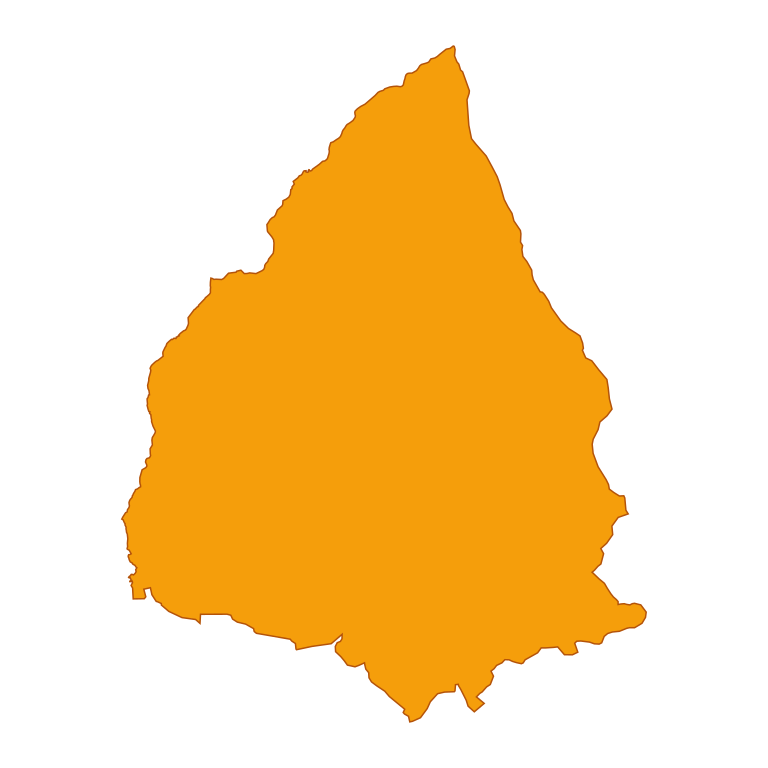 Barbuletu, Dâmbovita, Romania
{"feature_id": "2599482B33766415063950", "entity_name": "Barbuletu", "entity_type": "district", "adm_level": 2, "iso_a3": "ROU", "parent_name": "Romania", "parent_adm1": "Dâmbovita", "projection": "mercator", "projection_center": [25.286, 45.144], "detail": "fine", "context": "isolated", "style": "filled", "palette": "amber", "viewbox_px": 768, "rotation_deg": 0, "n_neighbors": 0, "source": "geoboundaries", "source_scale": "gbopen_adm2", "svg_char_len": 6090}
<svg xmlns="http://www.w3.org/2000/svg" viewBox="0 0 768 768"><path d="M642.0,623.3L645.5,617.4L646.2,612.1L640.8,604.9L634.5,603.3L632.2,603.7L629.9,604.9L626.7,604.4L624.2,603.7L620.8,604.0L618.1,604.5L618.1,601.6L616.4,599.6L613.3,596.9L610.8,593.7L607.3,588.3L604.4,583.3L599.2,579.0L592.1,572.2L594.5,570.2L597.9,566.3L600.9,564.0L603.6,553.7L600.8,548.5L606.6,543.3L612.7,534.6L611.9,526.1L618.2,517.4L628.2,513.9L625.9,510.2L624.8,498.0L623.8,495.8L619.4,496.0L613.8,492.5L609.3,489.1L608.5,484.5L606.2,479.8L598.1,466.8L593.1,453.3L592.2,444.3L593.2,439.2L598.1,429.6L599.9,422.0L607.0,415.8L612.0,409.1L609.4,398.9L608.2,387.7L606.9,379.5L598.8,369.9L591.8,360.8L585.7,357.9L582.4,350.2L583.4,348.3L582.6,343.0L580.0,335.9L575.7,333.0L568.5,328.5L560.8,321.0L551.4,307.8L548.7,301.2L544.2,294.2L542.4,292.3L540.1,291.8L533.3,279.8L532.1,274.9L531.7,270.1L526.9,261.6L522.9,256.4L521.9,249.5L522.6,245.6L520.5,242.1L520.9,233.9L520.4,230.5L513.9,220.9L512.0,213.4L508.0,206.9L504.2,199.5L500.0,184.7L497.2,176.7L492.3,167.3L486.2,156.0L475.8,144.1L471.5,138.7L468.8,125.3L467.0,99.8L469.1,93.4L469.4,90.8L462.6,71.8L460.6,70.1L458.8,64.1L456.9,61.8L454.5,55.9L455.1,49.5L454.3,46.6L453.8,46.1L453.1,46.1L450.1,48.4L446.2,49.2L439.9,54.2L437.3,56.5L434.8,58.0L430.9,58.9L428.7,62.1L426.6,63.0L421.4,64.5L419.8,65.8L418.3,68.3L416.5,70.6L412.1,73.1L408.8,73.2L407.3,73.6L406.0,74.9L405.3,76.8L405.0,78.5L404.2,80.8L403.3,84.9L401.9,86.3L400.3,86.7L396.9,86.2L393.6,86.4L389.8,87.0L384.8,88.8L383.4,90.3L379.8,91.4L378.0,92.4L375.0,95.6L365.0,104.2L360.6,106.5L357.4,108.8L355.2,111.0L354.8,112.2L355.0,114.2L355.4,115.5L355.2,117.2L353.0,120.5L349.6,123.0L347.1,124.5L346.1,125.7L344.9,127.8L343.2,129.9L342.4,131.4L341.8,133.5L340.4,136.6L338.6,138.3L336.3,139.7L333.3,141.8L330.8,142.7L330.4,143.7L329.3,147.3L329.0,149.7L329.2,150.3L329.3,151.3L329.1,153.2L327.6,158.1L326.8,159.4L324.7,161.0L323.0,161.2L322.4,161.5L319.3,164.3L312.5,169.2L311.7,170.5L310.4,171.0L309.7,170.7L309.3,169.8L308.9,169.7L308.3,170.5L308.5,171.9L307.2,172.3L305.8,171.7L306.0,170.7L304.5,170.8L303.6,171.2L302.0,174.3L300.9,175.3L299.3,175.8L297.8,177.9L293.2,181.4L294.3,184.1L292.0,186.9L292.0,188.7L290.8,189.6L290.3,194.4L288.8,197.2L286.1,199.2L283.0,200.7L282.7,204.4L282.1,205.8L277.4,210.0L275.4,215.1L274.0,216.9L272.3,217.6L270.2,219.5L268.1,222.9L266.9,224.6L267.4,231.0L267.8,231.9L271.8,236.8L273.6,239.8L273.7,241.4L274.0,242.9L273.7,250.2L273.2,253.3L268.7,259.0L267.8,261.5L265.7,263.7L264.8,265.3L264.6,267.3L263.8,269.3L262.2,270.6L256.0,273.6L249.7,272.9L247.0,273.5L244.3,273.6L240.9,270.2L236.7,271.2L236.1,272.2L228.5,273.2L223.6,278.5L221.7,279.5L215.9,279.2L213.8,279.4L212.6,278.6L210.9,278.1L210.4,282.2L210.3,285.8L210.6,287.3L210.4,289.5L210.4,292.8L209.4,294.3L206.0,297.3L205.5,297.5L204.9,298.7L198.5,305.3L198.4,306.5L197.5,306.8L196.8,307.3L195.1,309.2L194.3,309.5L188.1,317.7L188.5,323.3L188.0,325.3L186.2,329.2L185.4,330.1L183.5,330.9L180.3,333.4L178.6,335.3L179.1,335.8L176.3,337.2L176.5,337.6L175.9,338.5L174.0,338.2L172.4,339.5L171.5,339.3L168.9,341.5L166.9,343.5L165.8,346.5L165.2,347.2L163.0,351.8L162.8,353.1L163.1,356.3L157.9,360.4L156.5,361.0L154.8,362.3L152.1,364.8L151.1,366.1L150.1,368.3L150.8,370.2L150.5,372.3L148.8,378.3L148.7,380.9L147.6,385.4L148.0,388.5L149.0,390.7L149.5,394.8L148.6,395.0L148.0,397.6L147.2,398.5L147.1,399.6L147.5,404.1L147.1,405.3L148.1,409.3L148.9,411.6L149.9,411.8L149.6,413.4L150.8,414.6L151.2,418.2L151.6,419.7L151.6,421.7L153.0,426.1L155.4,431.0L155.3,432.2L154.8,433.4L153.3,436.0L152.7,436.9L152.3,437.6L151.9,440.1L152.4,445.0L150.1,448.8L150.3,453.9L150.6,455.4L150.3,456.4L149.3,457.8L147.0,458.5L146.0,459.7L145.5,462.0L146.7,464.8L146.9,466.0L145.9,467.6L142.1,469.8L139.9,477.5L139.8,481.7L140.1,484.0L140.5,485.0L140.6,486.8L139.1,487.6L137.5,488.9L135.6,489.6L135.4,489.9L135.0,491.1L133.4,493.7L133.0,494.9L132.3,495.9L132.2,496.9L132.0,497.5L130.4,499.3L129.7,500.4L129.0,502.4L129.1,503.9L129.4,505.6L129.3,506.6L128.8,507.8L127.6,509.5L127.4,510.0L127.2,511.7L126.9,512.1L125.6,512.7L122.8,517.1L121.8,519.1L123.1,519.8L124.5,523.0L125.1,523.6L125.0,524.9L126.1,527.2L126.0,528.9L126.3,530.3L126.5,532.2L127.3,534.1L127.8,538.7L127.4,543.3L127.6,546.7L127.1,548.5L127.3,549.2L129.2,550.2L131.2,553.8L129.8,554.6L128.7,554.7L128.3,555.5L128.2,556.8L128.8,558.0L129.2,559.7L130.2,561.8L132.3,563.1L132.6,563.9L133.2,564.4L134.9,565.3L136.5,567.7L136.8,567.8L135.7,569.7L136.1,571.6L135.2,573.3L133.5,574.9L131.9,574.3L131.1,574.5L130.6,575.5L129.2,576.5L128.6,577.4L129.1,577.8L129.7,577.3L130.0,577.5L130.8,579.1L131.1,580.5L129.8,581.2L129.8,581.6L131.7,581.6L132.0,581.0L132.4,581.7L132.5,582.7L131.1,585.5L132.6,588.0L133.2,598.9L144.3,598.7L145.8,596.8L143.8,589.2L150.4,587.7L151.9,594.7L156.2,601.4L157.6,601.8L161.3,603.5L161.4,605.1L168.8,611.4L182.0,617.6L195.6,619.5L200.0,623.4L200.5,614.3L227.0,614.2L230.8,615.2L232.6,619.1L237.3,622.1L245.6,624.1L253.6,628.6L254.2,631.5L256.4,633.3L290.2,639.2L291.8,641.1L295.4,643.5L296.0,649.0L296.5,649.7L312.0,646.4L331.2,643.7L342.1,634.3L342.0,638.8L340.4,641.4L337.2,642.7L335.3,646.5L335.6,651.7L340.8,656.6L344.3,660.8L347.4,665.1L355.0,666.8L358.8,665.4L364.5,662.8L364.8,664.8L365.8,669.1L368.7,672.7L369.0,677.8L371.5,681.9L376.7,685.8L384.8,691.2L389.3,696.5L404.7,709.2L403.2,712.5L404.5,714.0L408.5,716.3L409.8,721.9L412.5,721.3L420.5,717.7L427.2,708.6L430.3,701.8L437.6,693.7L444.5,692.1L454.3,691.7L455.0,690.9L455.5,684.7L458.2,684.3L458.5,685.6L460.7,689.3L466.2,700.2L468.1,706.2L474.3,711.8L484.2,703.4L476.4,696.9L479.8,693.4L482.2,691.9L486.6,686.9L490.3,684.5L493.5,676.2L491.0,671.1L494.1,668.7L496.6,665.4L502.0,662.8L504.8,659.7L509.1,659.8L512.5,661.4L516.4,662.6L521.4,663.7L523.2,662.9L525.1,659.8L537.6,652.8L541.2,647.9L545.6,647.9L553.4,647.4L557.7,646.9L564.4,654.7L572.4,654.8L577.8,652.2L574.7,643.2L576.8,641.2L580.8,641.0L589.6,642.1L594.3,643.8L599.2,644.1L601.7,642.8L604.2,636.4L607.7,633.5L612.4,632.0L619.4,631.3L626.8,628.3L629.4,627.7L634.6,627.7L642.0,623.3Z" fill="#f59e0b" stroke="#b45309" stroke-width="1.5"/></svg>